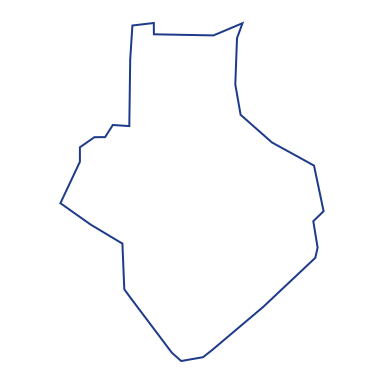 outline of Casey, Kentucky, United States of America
{"feature_id": "52423323B59242222872461", "entity_name": "Casey", "entity_type": "district", "adm_level": 2, "iso_a3": "USA", "parent_name": "United States of America", "parent_adm1": "Kentucky", "projection": "equal_earth", "projection_center": [-84.951, 37.325], "detail": "fine", "context": "isolated", "style": "outline", "palette": "blue", "viewbox_px": 384, "rotation_deg": 0, "n_neighbors": 0, "source": "geoboundaries", "source_scale": "gbopen_adm2", "svg_char_len": 498}
<svg xmlns="http://www.w3.org/2000/svg" viewBox="0 0 384 384"><path d="M112.8,125.0L105.1,137.1L94.4,137.2L79.9,147.3L79.9,161.8L60.4,203.2L90.8,224.7L122.4,243.6L124.3,289.3L130.2,297.4L171.9,352.8L181.2,361.0L203.0,357.2L211.8,350.3L263.3,306.8L315.3,257.8L317.6,247.6L313.3,221.2L323.6,211.2L314.0,165.6L272.0,142.5L240.6,114.8L235.3,84.4L237.0,38.2L242.5,23.2L213.5,35.4L153.9,34.3L153.8,23.0L132.4,25.5L130.2,59.7L129.3,126.1L112.8,125.0Z" fill="none" stroke="#1e3a8a" stroke-width="2"/></svg>